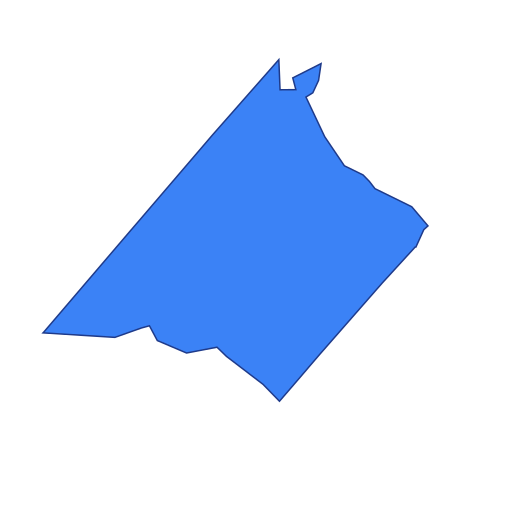 outline of Gaston, North Carolina, United States of America, rotated 308°
{"feature_id": "52423323B27279553412365", "entity_name": "Gaston", "entity_type": "district", "adm_level": 2, "iso_a3": "USA", "parent_name": "United States of America", "parent_adm1": "North Carolina", "projection": "natural_earth1", "projection_center": [-81.166, 35.285], "detail": "fine", "context": "isolated", "style": "filled", "palette": "blue", "viewbox_px": 512, "rotation_deg": 308, "n_neighbors": 0, "source": "geoboundaries", "source_scale": "gbopen_adm2", "svg_char_len": 720}
<svg xmlns="http://www.w3.org/2000/svg" viewBox="0 0 512 512"><g transform="rotate(308 256 256)"><path d="M424.8,153.1L324.5,147.2L211.1,142.1L198.6,141.5L67.3,135.7L65.3,135.6L64.3,135.5L105.0,194.9L128.7,210.0L135.4,215.0L128.6,230.3L136.8,261.0L160.1,281.4L159.6,286.4L158.7,294.5L159.0,321.9L159.0,323.8L159.2,340.5L156.0,363.9L182.9,365.2L198.2,365.9L201.2,366.0L218.2,366.8L219.9,366.9L292.8,371.0L312.5,372.1L313.6,372.2L336.7,374.0L361.0,375.9L361.5,376.5L380.1,372.0L385.6,373.0L390.7,348.4L382.3,308.3L384.6,299.3L385.8,290.5L381.5,270.1L392.3,236.7L412.0,197.5L419.6,200.3L432.9,197.2L447.7,188.8L419.0,175.3L411.6,185.0L401.8,172.6L424.8,153.1Z" fill="#3b82f6" stroke="#1e3a8a" stroke-width="1.5"/></g></svg>